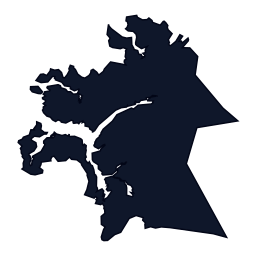 Sørfold nor, Nordland, Norway
{"feature_id": "86288312B94814604845877", "entity_name": "Sørfold nor", "entity_type": "district", "adm_level": 2, "iso_a3": "NOR", "parent_name": "Norway", "parent_adm1": "Nordland", "projection": "albers", "projection_center": [15.554, 67.519], "detail": "fine", "context": "isolated", "style": "filled", "palette": "ink", "viewbox_px": 256, "rotation_deg": 0, "n_neighbors": 0, "source": "geoboundaries", "source_scale": "gbopen_adm2", "svg_char_len": 5691}
<svg xmlns="http://www.w3.org/2000/svg" viewBox="0 0 256 256"><path d="M36.0,80.5L41.1,82.6L47.8,81.9L52.5,76.4L54.9,76.6L54.5,78.3L55.4,78.7L55.4,79.8L61.8,82.2L64.6,85.8L70.1,86.6L70.5,87.3L70.3,88.7L74.4,90.8L79.6,88.8L78.5,90.0L78.8,90.9L77.7,92.7L82.4,95.9L81.5,97.0L81.8,98.5L80.7,100.4L80.9,102.3L79.8,103.0L79.3,102.6L79.8,98.9L78.7,100.0L79.1,96.2L78.7,93.6L73.4,94.2L70.5,91.7L67.7,91.8L65.7,89.3L60.5,87.6L60.7,86.4L60.3,85.7L58.1,84.7L47.5,86.5L47.0,87.3L47.7,87.8L47.4,88.4L50.0,90.0L49.6,91.0L44.7,91.8L44.4,92.4L44.7,93.0L43.2,94.1L45.5,96.1L42.5,97.7L42.6,98.8L45.6,100.4L45.5,101.7L43.2,103.7L45.6,105.4L43.3,107.0L43.3,109.2L42.5,110.1L43.6,112.7L46.9,116.1L50.4,117.2L52.6,119.9L55.6,121.5L58.0,119.9L60.7,120.9L61.3,122.1L65.8,123.0L71.3,120.2L73.3,121.1L73.1,122.8L73.7,123.3L77.5,122.8L78.8,123.7L79.9,122.1L82.7,121.0L82.3,122.6L83.6,121.9L85.2,123.3L85.1,126.0L89.1,126.9L89.9,129.2L92.5,130.6L92.6,131.6L91.9,131.5L92.7,132.0L94.7,130.6L98.6,124.8L115.6,110.2L121.2,107.7L126.6,107.0L127.5,105.5L127.8,106.2L135.0,104.4L135.6,103.8L135.4,103.1L134.5,103.1L134.9,101.5L135.7,101.2L136.7,102.4L139.1,102.4L140.6,100.5L146.3,99.5L146.3,97.7L150.2,97.3L152.5,95.5L157.8,95.9L151.1,97.0L147.6,100.1L147.7,100.8L153.4,100.9L152.7,102.2L153.0,102.9L151.2,104.0L138.2,105.2L133.6,109.0L131.4,108.1L117.0,114.7L112.4,121.2L103.2,129.2L101.0,132.9L100.9,134.4L99.5,135.5L99.5,136.6L96.4,139.3L95.3,141.7L96.4,141.9L95.0,142.0L94.7,144.2L93.9,145.2L94.5,146.6L98.5,148.7L103.4,144.8L104.7,144.5L104.9,145.4L101.2,148.6L100.1,151.0L92.2,153.2L92.4,159.8L93.4,161.6L98.3,164.8L98.4,168.8L102.4,172.0L101.9,173.9L102.9,175.0L111.9,174.3L116.7,170.3L115.8,168.0L116.7,166.2L122.0,163.0L123.3,163.4L122.9,164.0L123.2,164.3L124.6,164.0L125.0,162.8L126.8,161.6L125.0,164.2L122.8,164.5L122.3,163.5L121.3,164.2L121.5,165.1L120.7,166.4L117.0,169.1L117.1,170.1L117.7,170.1L117.6,172.3L113.1,176.0L115.1,177.6L117.8,177.6L119.8,178.3L122.3,180.7L125.3,180.7L127.9,184.3L131.0,185.4L133.3,189.0L132.3,189.4L132.3,190.6L133.7,193.0L130.8,192.5L132.9,194.6L132.9,196.3L132.4,196.8L126.6,195.2L126.7,188.0L126.1,185.0L125.1,184.5L124.9,183.0L123.8,181.3L120.2,180.7L119.3,178.5L115.2,178.1L111.8,176.4L105.5,178.1L104.7,179.6L105.4,180.1L106.1,183.6L107.9,184.4L107.0,185.7L107.9,185.5L107.9,186.7L106.4,189.3L107.9,191.0L110.9,190.4L111.6,191.5L107.4,197.6L104.4,199.3L104.3,200.5L104.9,201.7L102.9,200.3L104.8,194.4L103.8,193.8L102.3,197.1L103.7,191.0L102.0,188.9L96.9,191.4L97.6,190.3L97.3,188.0L96.4,186.4L96.6,177.0L95.6,174.9L94.6,174.6L93.8,169.7L92.4,165.8L90.7,164.8L89.3,161.8L88.1,163.3L85.4,160.2L85.4,157.3L86.2,157.1L85.4,154.5L86.2,150.0L85.8,149.2L86.2,145.6L84.3,144.2L83.3,145.6L82.6,145.2L82.1,140.0L80.7,138.7L74.6,136.3L69.8,136.5L69.1,135.8L69.3,134.1L68.0,136.0L65.4,134.6L62.0,135.5L56.5,134.0L54.3,132.2L53.9,133.1L55.1,134.2L55.1,135.5L53.4,137.7L51.6,137.8L52.0,136.3L53.9,134.9L53.5,133.7L51.0,135.6L50.7,136.7L51.4,137.0L51.0,137.6L47.0,137.8L43.7,141.1L43.7,143.2L44.8,144.0L44.7,145.2L41.0,151.6L32.6,156.3L32.4,157.5L33.7,157.5L33.7,159.1L32.0,161.0L32.4,161.3L31.8,163.2L31.8,164.8L30.5,165.6L29.8,164.3L29.8,162.6L31.0,158.9L30.3,157.7L30.1,156.0L29.0,155.1L28.9,153.8L33.9,150.9L36.6,146.7L35.9,142.7L31.4,140.2L31.4,138.5L34.4,136.2L39.5,136.8L44.0,134.1L46.5,134.0L47.3,132.5L44.3,132.4L40.7,129.6L41.4,125.8L40.8,123.5L36.7,121.8L36.7,124.8L33.8,128.8L34.3,129.8L30.9,129.8L29.3,135.0L23.4,137.2L22.2,139.2L18.7,140.7L18.2,142.5L22.0,146.1L20.4,148.5L21.2,150.0L21.3,153.1L22.6,155.0L22.2,156.6L24.4,159.5L23.2,163.2L23.5,167.7L22.0,169.0L30.8,174.2L35.1,174.8L42.4,172.9L42.8,170.3L39.4,167.6L40.9,164.7L41.3,162.1L50.9,160.8L50.6,159.8L51.6,157.1L54.0,156.1L58.1,161.3L65.7,160.6L69.5,157.0L71.5,159.3L76.8,159.8L81.4,163.3L81.6,164.8L87.4,173.7L87.1,175.2L89.0,181.2L86.9,189.7L84.6,194.7L94.1,198.1L95.5,196.6L97.4,198.2L96.0,199.7L96.8,200.2L95.5,203.5L100.7,204.6L102.3,203.4L104.2,206.3L103.9,208.7L104.6,209.3L104.9,213.3L101.2,216.4L101.4,224.4L105.1,226.9L103.6,229.5L101.3,237.0L102.0,239.7L103.8,240.6L107.6,240.4L114.7,234.6L120.7,232.3L129.2,218.4L136.1,215.5L143.3,217.6L142.7,220.2L145.4,222.8L144.9,224.4L145.2,228.3L150.6,226.7L155.5,228.0L161.3,226.9L170.1,227.6L213.3,233.7L226.6,237.3L186.3,163.7L196.9,127.6L237.8,120.9L222.9,108.1L195.1,75.0L197.7,56.5L189.8,47.9L182.3,47.7L188.2,40.9L188.5,39.6L188.0,38.1L182.3,42.9L181.3,41.1L179.0,41.4L182.6,36.2L179.9,34.7L175.9,41.3L170.8,45.6L169.5,45.3L168.5,43.9L169.4,42.7L168.3,39.7L172.1,33.7L168.0,29.6L167.3,27.2L167.8,25.5L165.7,22.6L164.1,21.2L163.2,21.5L160.2,25.2L152.6,22.4L152.0,20.5L148.9,18.0L147.1,19.6L142.5,19.9L137.4,17.3L136.7,15.4L126.6,17.0L126.0,20.9L127.3,21.5L128.1,24.6L127.1,27.4L125.6,28.8L128.2,30.9L133.3,31.4L136.2,34.4L136.7,37.3L135.6,42.9L135.8,44.5L136.5,45.3L141.5,48.6L147.3,46.4L145.5,49.2L145.2,50.7L145.5,52.6L142.9,53.3L144.9,55.4L144.6,56.9L143.3,56.7L143.5,57.1L142.5,58.3L141.7,58.4L142.8,57.3L142.2,57.1L141.2,54.5L138.8,54.3L137.7,50.6L133.9,49.5L133.9,48.5L131.8,44.7L131.5,37.5L126.6,38.1L122.2,37.0L111.4,28.8L109.1,26.2L108.5,24.4L107.1,34.5L110.2,38.2L108.7,40.7L109.8,46.1L112.6,47.5L120.3,48.7L123.1,47.6L126.7,49.0L125.5,51.0L125.8,52.3L125.2,56.7L126.4,59.1L124.5,60.1L124.2,62.0L125.9,64.9L110.6,62.0L104.4,69.0L103.4,71.4L98.8,75.1L96.7,72.1L93.1,69.3L91.1,70.4L90.7,73.0L89.0,75.5L84.9,78.1L81.7,77.2L77.7,74.1L75.3,69.4L73.7,68.0L73.6,66.4L70.3,65.3L68.9,68.8L69.5,70.4L67.2,74.7L64.6,77.9L63.0,77.4L61.5,72.5L58.5,69.6L54.6,70.2L50.6,68.9L50.1,71.1L46.7,75.5L43.4,74.0L40.5,74.4L36.0,80.5ZM38.0,86.4L30.6,86.7L30.4,89.4L32.3,91.8L38.2,93.5L40.8,93.7L42.5,91.9L38.0,86.4Z" fill="#0f172a" stroke="#020617" stroke-width="1.5"/></svg>